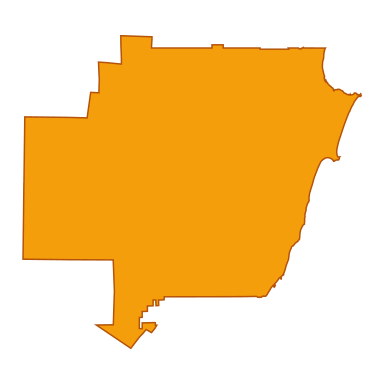 the district of Benito Juárez, Quintana Roo, Mexico
{"feature_id": "50627088B55174657645518", "entity_name": "Benito Juárez", "entity_type": "district", "adm_level": 2, "iso_a3": "MEX", "parent_name": "Mexico", "parent_adm1": "Quintana Roo", "projection": "mercator", "projection_center": [-86.846, 20.98], "detail": "fine", "context": "isolated", "style": "filled", "palette": "amber", "viewbox_px": 384, "rotation_deg": 0, "n_neighbors": 0, "source": "geoboundaries", "source_scale": "gbopen_adm2", "svg_char_len": 5501}
<svg xmlns="http://www.w3.org/2000/svg" viewBox="0 0 384 384"><path d="M152.0,36.8L120.8,35.7L120.9,44.6L121.4,58.3L121.4,64.1L107.4,62.7L98.5,62.1L99.0,73.3L99.3,79.6L99.1,84.6L98.9,92.8L90.7,92.4L87.1,117.9L68.2,117.4L24.8,116.9L24.0,180.1L24.0,181.1L24.0,181.9L23.9,183.5L23.1,251.9L23.0,259.2L69.9,259.7L113.2,259.9L114.4,291.2L113.3,324.8L96.3,325.0L130.8,348.3L139.3,337.2L143.3,333.0L146.1,329.5L151.5,332.6L154.7,328.7L156.8,325.2L155.4,325.2L155.3,322.7L153.2,322.6L147.6,322.8L142.2,322.9L142.2,328.6L139.3,328.6L139.4,317.5L142.2,317.3L142.2,311.5L147.4,311.3L147.4,306.0L153.1,305.8L153.1,300.0L155.8,300.0L156.0,305.7L158.7,305.5L158.6,300.0L161.2,300.0L164.1,299.8L164.3,296.8L228.5,296.7L245.3,296.6L256.5,296.4L257.7,297.2L259.6,297.4L260.1,297.1L260.8,297.2L261.3,297.3L261.9,296.9L262.1,296.5L262.6,296.2L263.2,296.1L263.9,296.2L263.9,296.3L264.6,296.3L265.1,296.0L265.4,296.0L265.8,296.2L267.2,294.4L268.2,292.6L269.7,290.3L271.2,287.6L272.1,286.6L272.4,286.2L272.9,285.7L273.8,286.8L274.0,286.7L274.4,286.4L273.9,286.6L273.2,285.9L273.9,285.3L273.9,285.2L274.1,285.3L274.0,285.1L274.0,284.7L274.3,284.5L274.1,284.9L274.4,284.6L274.5,284.7L274.3,285.0L274.6,284.7L274.7,284.9L274.3,285.3L274.8,285.0L275.0,285.1L274.5,285.6L274.7,285.8L274.7,286.7L274.8,286.6L274.8,285.7L275.3,285.2L274.5,284.1L274.7,283.7L275.3,283.1L275.7,282.8L276.1,282.3L276.5,281.9L277.5,280.5L277.8,280.1L278.5,279.2L279.0,278.4L279.9,277.5L280.5,277.2L281.1,277.8L281.0,278.0L280.8,278.7L280.9,278.8L281.2,278.1L281.3,278.2L281.3,277.9L281.2,277.8L280.6,277.1L281.8,276.2L282.9,274.7L283.1,274.6L283.6,274.9L283.7,274.7L283.2,274.4L283.5,273.7L283.9,273.0L284.2,272.3L284.3,271.9L284.6,271.3L284.7,270.6L285.1,269.8L285.3,269.2L285.7,267.0L287.1,263.0L288.1,260.5L288.5,259.3L288.7,258.2L288.9,256.1L289.3,253.1L289.7,251.8L289.8,251.4L290.2,250.5L290.3,250.0L290.5,249.6L290.9,248.8L291.2,248.3L291.4,247.3L291.6,246.9L291.9,246.5L292.1,246.3L292.9,245.8L293.1,245.9L293.3,245.7L294.7,244.0L295.2,243.2L296.3,242.4L297.5,241.6L299.3,239.4L299.5,238.9L299.6,238.4L299.7,237.1L300.0,233.3L300.1,232.5L300.4,231.1L300.5,230.5L300.9,229.3L301.8,227.3L302.6,225.9L303.0,225.2L304.4,224.1L304.3,223.9L304.5,223.1L304.5,222.4L304.7,220.7L304.6,220.2L304.6,218.7L304.9,217.7L305.0,216.4L304.9,215.8L304.9,215.1L305.1,213.6L305.6,211.9L305.9,211.1L306.0,210.1L306.2,208.0L306.6,206.4L307.4,203.9L308.9,201.3L309.1,200.3L309.1,200.0L309.0,199.4L309.0,197.6L309.3,194.9L309.8,192.5L310.6,190.0L311.2,187.7L312.1,185.2L313.8,179.0L314.3,177.3L316.3,172.1L317.4,169.1L319.0,165.5L320.8,161.7L322.2,160.2L324.0,158.9L326.0,157.8L328.2,157.6L329.6,158.0L331.1,158.6L331.9,159.1L332.8,159.8L333.0,160.3L333.3,160.4L333.3,160.5L333.3,160.8L333.5,161.1L333.6,161.3L333.9,161.3L334.1,161.2L334.4,161.0L335.1,160.6L335.4,160.5L335.6,160.5L336.0,160.1L336.9,159.9L337.4,159.9L337.8,159.9L337.9,160.1L338.1,160.3L338.2,160.5L338.2,160.3L338.4,160.1L338.5,159.9L338.9,159.6L339.0,159.1L339.3,158.4L339.4,158.0L339.3,157.7L339.4,157.4L339.5,157.3L339.5,157.0L339.6,156.9L339.4,156.9L339.2,157.3L338.5,157.3L338.0,156.9L337.6,156.3L337.2,155.5L336.9,154.2L336.7,152.2L336.7,151.0L337.0,148.6L337.7,145.4L338.2,143.4L338.4,142.4L339.1,140.3L340.0,137.2L340.2,136.7L340.3,136.7L341.2,133.8L343.5,126.9L344.5,124.0L347.6,115.8L348.4,114.0L349.0,112.3L349.6,111.6L351.0,108.2L351.7,106.8L351.8,106.5L351.8,106.4L352.2,105.9L352.9,104.8L353.5,103.4L354.0,102.4L354.9,100.9L356.4,98.9L356.9,98.0L357.1,98.0L357.4,97.5L357.9,97.0L358.8,96.5L359.6,96.4L360.0,96.0L360.3,96.0L360.5,96.3L360.6,96.2L360.9,96.0L360.8,95.9L360.8,95.7L360.9,95.2L361.0,95.2L360.8,94.8L360.9,94.3L360.9,94.1L360.7,93.8L360.4,94.2L360.1,94.5L359.6,94.9L359.5,94.3L359.5,94.2L359.6,94.8L359.4,95.0L359.5,95.0L359.2,95.1L357.5,94.7L357.7,94.4L357.7,93.6L357.7,94.4L357.5,94.7L357.2,94.6L356.8,94.2L356.0,93.1L355.6,93.0L355.2,93.2L354.6,93.0L354.3,93.0L353.7,94.2L353.2,94.4L353.1,94.5L352.0,94.8L351.9,94.8L351.8,94.5L351.8,94.8L351.3,94.9L350.4,95.0L350.3,94.7L350.2,95.0L350.0,94.9L350.0,94.7L350.0,94.9L349.7,94.9L349.7,94.7L349.7,94.9L349.2,94.8L349.3,94.5L349.3,94.4L349.2,94.4L349.2,94.5L349.1,94.8L348.7,94.8L347.8,94.7L347.4,94.5L347.5,94.3L347.5,94.2L347.4,94.5L345.4,93.4L345.0,93.2L344.9,93.2L344.7,93.2L344.4,93.2L343.3,91.9L342.6,91.0L342.3,90.8L342.2,90.9L341.7,90.7L339.8,89.5L339.7,89.5L339.6,89.4L339.1,89.4L338.7,89.3L338.1,89.0L338.1,88.8L338.0,89.0L337.8,89.4L337.7,89.6L337.3,89.6L337.1,89.6L336.9,89.6L336.5,89.6L336.3,89.7L335.8,89.7L335.5,89.8L334.8,89.8L334.4,90.0L333.9,90.2L333.8,90.5L333.8,90.8L333.4,90.6L333.4,89.1L333.2,88.8L333.1,88.6L332.8,88.1L331.5,87.4L331.1,86.8L331.0,86.5L330.6,86.3L330.3,86.0L330.1,86.0L329.6,85.6L329.2,85.2L328.5,84.4L328.1,84.0L327.2,82.9L327.1,82.7L327.3,82.6L327.2,82.5L326.5,81.8L325.8,80.1L325.6,80.4L325.8,81.0L326.1,81.9L326.0,82.0L325.7,81.5L325.5,81.4L325.2,81.1L325.1,80.8L324.8,80.5L324.7,80.3L324.9,80.1L324.6,79.7L324.5,79.3L324.6,78.9L324.4,78.1L324.1,77.8L324.1,77.6L324.3,77.2L324.3,76.6L324.4,76.2L324.6,76.1L323.7,74.0L323.7,73.5L323.4,72.8L323.5,72.0L323.2,71.5L322.5,68.2L322.4,67.4L322.4,65.5L322.6,62.2L322.8,61.0L323.5,58.8L323.7,56.6L323.8,54.7L323.9,53.9L324.0,52.5L324.5,50.7L324.4,50.7L324.9,49.3L325.1,48.5L325.4,48.1L303.8,48.0L303.5,47.4L301.5,48.3L301.6,48.6L299.3,49.0L298.6,48.0L288.2,48.0L288.7,49.2L260.1,49.2L260.1,48.0L223.2,48.0L223.2,44.8L212.0,44.8L212.0,48.0L151.5,48.0L151.6,45.1L152.0,38.8L152.0,36.8Z" fill="#f59e0b" stroke="#b45309" stroke-width="1.5"/></svg>